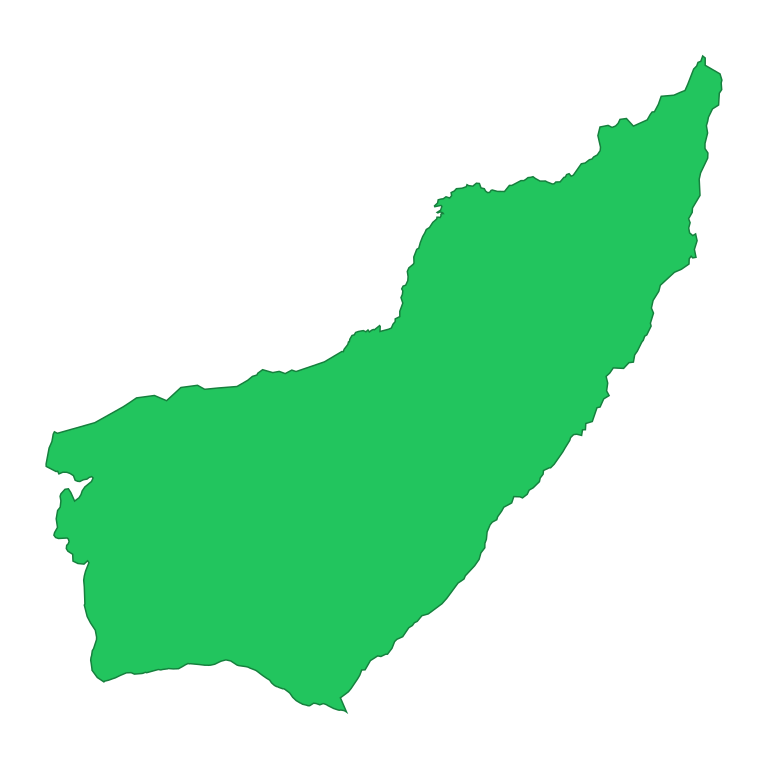 the district of San Juan Atepec, Oaxaca, Mexico
{"feature_id": "50627088B87401824717268", "entity_name": "San Juan Atepec", "entity_type": "district", "adm_level": 2, "iso_a3": "MEX", "parent_name": "Mexico", "parent_adm1": "Oaxaca", "projection": "equal_earth", "projection_center": [-96.489, 17.474], "detail": "fine", "context": "isolated", "style": "filled", "palette": "green", "viewbox_px": 768, "rotation_deg": 0, "n_neighbors": 0, "source": "geoboundaries", "source_scale": "gbopen_adm2", "svg_char_len": 5688}
<svg xmlns="http://www.w3.org/2000/svg" viewBox="0 0 768 768"><path d="M92.0,669.2L92.0,670.2L97.3,677.5L103.9,681.9L104.8,681.1L108.6,680.2L112.7,678.7L115.4,677.8L120.3,675.4L126.5,672.8L130.6,672.7L131.0,672.6L134.4,674.1L140.6,673.6L141.8,673.5L142.9,673.3L145.4,672.3L146.7,672.7L158.3,669.5L160.8,669.9L162.9,669.4L167.7,668.8L168.2,668.5L173.2,668.9L178.5,668.7L182.2,666.7L185.7,664.6L186.9,664.1L187.9,663.5L189.3,663.8L190.5,663.7L199.1,664.5L204.9,665.2L207.7,665.2L208.3,665.3L210.8,665.1L214.8,664.2L219.5,661.9L221.3,661.1L225.9,659.9L228.3,660.4L230.7,660.9L237.1,665.1L238.8,665.6L245.8,666.6L247.7,667.0L248.9,667.5L250.0,668.1L253.4,669.4L254.5,669.8L256.2,670.6L258.1,672.0L260.8,674.1L262.8,675.6L266.7,678.3L269.7,680.1L271.5,682.8L272.8,684.0L274.4,685.4L276.4,686.5L278.0,686.9L278.6,687.3L282.8,688.8L283.9,688.8L285.0,689.4L285.9,690.1L288.6,692.1L289.9,693.2L292.7,697.3L296.2,700.6L300.2,703.0L300.7,703.1L302.5,704.2L306.3,705.1L308.0,705.7L309.7,705.7L313.6,703.2L316.1,703.5L319.8,704.8L322.8,703.7L324.1,703.7L325.3,704.3L326.2,704.5L327.9,705.6L328.5,705.9L332.7,708.0L333.4,708.4L337.6,709.8L339.2,710.2L340.9,710.0L344.1,710.6L345.5,711.3L345.8,711.5L346.5,712.0L340.8,698.7L340.3,697.9L348.4,691.8L351.1,688.5L357.5,679.0L358.6,677.2L359.8,675.1L361.7,670.0L365.1,669.8L370.4,660.6L377.7,655.9L380.9,656.5L385.7,654.2L387.5,654.2L392.0,648.3L394.6,641.6L396.9,639.3L402.7,636.7L408.8,627.7L412.4,625.5L414.4,622.7L417.2,621.4L421.9,615.7L428.3,613.9L442.0,603.7L446.8,598.3L458.0,583.1L464.0,579.0L465.3,575.8L474.7,565.7L479.1,559.4L480.9,552.9L484.8,547.8L484.9,543.3L486.4,539.3L487.1,531.9L490.1,524.8L492.3,522.1L496.8,519.7L497.6,516.8L501.6,511.2L503.8,507.2L511.7,502.9L513.8,496.6L520.0,496.8L522.5,497.9L527.2,494.3L529.2,490.1L533.2,487.8L539.4,481.7L540.2,478.0L543.1,474.2L543.5,470.5L549.2,467.8L550.6,467.8L554.2,464.2L562.8,451.9L565.1,447.9L569.7,440.5L570.6,437.6L573.6,434.6L576.7,434.2L581.6,435.4L582.5,429.8L585.4,429.7L585.8,423.5L592.3,421.5L597.0,407.7L600.1,407.0L603.7,398.9L609.1,395.6L606.6,390.9L607.7,383.1L606.1,376.4L609.8,373.0L613.3,367.9L623.6,368.4L628.9,362.7L633.4,362.1L634.7,354.9L637.3,351.2L641.7,342.3L643.3,340.2L644.7,336.2L646.8,334.9L651.1,326.1L650.4,323.2L653.5,313.1L651.4,308.1L653.1,300.4L658.8,291.3L660.3,285.3L674.4,272.3L681.5,269.2L689.0,264.0L689.2,258.8L691.1,256.2L692.7,257.9L696.0,257.3L694.4,249.4L697.1,240.7L695.6,233.9L692.8,235.6L689.6,232.9L688.7,228.0L690.1,222.7L688.6,218.7L692.2,212.4L692.5,208.0L700.0,195.4L699.2,179.2L700.6,172.9L707.7,158.1L707.9,153.0L705.0,148.6L705.0,143.5L707.6,133.0L706.4,125.7L707.7,121.2L708.4,117.3L712.5,108.9L718.6,105.0L719.3,93.2L721.7,89.6L721.2,83.0L721.9,80.1L720.0,73.9L705.2,65.3L705.2,58.0L702.7,56.0L700.8,61.3L698.0,62.4L696.7,66.0L693.7,69.0L687.8,84.2L685.0,90.5L680.2,92.4L673.9,95.2L661.2,96.3L658.4,104.3L654.4,111.8L652.1,112.0L650.3,114.4L647.2,119.9L633.4,126.1L626.4,118.5L620.0,119.4L618.1,123.4L615.6,126.0L612.0,127.4L608.1,125.4L600.0,127.0L597.9,135.6L600.5,147.1L600.2,150.6L597.3,154.9L593.6,157.0L591.9,159.1L589.4,159.7L585.2,163.0L581.3,163.8L573.3,175.2L571.2,176.2L569.1,173.7L566.6,174.6L565.4,177.0L563.9,177.4L560.1,181.9L555.8,182.0L554.1,183.8L552.4,184.0L547.2,182.0L545.4,181.0L543.3,181.1L540.1,181.1L535.4,178.5L533.0,176.7L530.8,177.3L528.0,177.6L525.9,179.3L523.9,180.6L521.0,180.6L511.9,185.4L509.4,185.4L504.5,191.5L497.4,191.4L492.3,190.0L491.1,190.4L489.6,192.4L487.6,192.6L485.6,191.1L484.3,188.7L481.0,187.9L479.4,183.5L476.4,183.2L474.2,185.0L472.8,186.2L468.6,185.6L467.0,184.7L466.3,186.7L462.1,188.2L456.4,188.7L454.3,191.0L451.1,192.6L451.6,195.7L449.7,198.0L446.0,196.8L443.2,198.8L441.2,199.0L438.2,199.8L437.6,203.0L434.5,205.9L434.8,206.7L441.0,205.4L441.9,206.3L440.6,210.2L437.1,212.4L437.9,212.9L440.0,211.9L442.6,212.7L443.3,213.6L441.3,213.8L440.8,214.9L441.1,215.7L440.2,217.5L438.6,217.2L437.0,217.2L436.8,218.9L432.8,222.4L429.5,227.5L426.3,229.5L424.7,233.1L422.7,236.5L420.3,242.6L418.8,248.1L416.7,249.4L413.8,257.0L414.0,262.8L413.3,264.2L408.9,267.8L407.3,271.4L408.1,276.6L407.8,280.6L405.7,285.2L403.1,286.1L401.7,288.9L402.8,290.9L402.4,294.4L401.0,297.6L402.8,303.1L399.8,311.3L399.8,316.6L395.2,318.9L395.2,321.6L393.0,324.2L391.4,328.0L388.7,329.2L380.0,331.5L380.2,326.5L379.6,325.6L374.4,329.8L373.5,329.5L372.0,330.0L369.3,331.9L368.0,330.0L365.9,331.8L363.3,330.6L358.3,331.5L355.6,332.5L354.3,334.8L352.0,335.5L349.9,339.1L349.3,341.8L348.5,341.9L347.8,344.5L346.2,346.6L344.1,349.3L343.4,351.6L341.9,351.5L324.3,361.9L296.5,371.4L295.6,371.4L291.8,370.1L285.2,373.6L279.2,371.4L272.8,372.6L262.6,369.7L257.8,373.2L256.9,375.0L252.4,376.4L247.7,380.3L237.0,386.5L218.1,388.0L204.7,389.3L197.5,385.3L180.9,387.5L166.6,400.7L154.4,395.5L136.5,397.9L129.8,402.5L123.2,406.8L94.8,422.7L57.4,433.3L54.4,431.8L53.2,434.2L52.7,437.2L51.9,441.6L49.1,448.0L46.1,464.0L46.2,466.4L56.0,471.5L57.7,471.3L58.9,473.9L62.9,472.2L66.9,472.3L70.1,473.5L73.4,475.6L75.2,480.3L77.7,481.3L79.9,481.5L81.8,480.5L83.6,479.7L87.0,479.1L89.2,477.4L91.7,476.6L93.1,478.0L91.5,481.5L84.9,486.9L82.2,490.9L81.0,494.6L79.0,497.8L74.6,501.1L70.8,492.5L68.4,488.8L65.0,489.3L60.9,493.8L60.1,496.3L60.9,500.9L60.2,507.2L57.6,510.5L56.2,518.8L57.5,527.4L54.6,532.5L53.9,535.2L55.6,537.5L58.5,538.5L67.1,538.0L68.3,539.0L69.1,541.6L68.0,544.1L66.7,545.3L66.3,548.6L67.9,551.2L72.7,554.3L73.0,561.1L77.9,563.5L84.0,564.1L87.6,560.8L88.9,562.7L85.6,571.0L84.3,576.0L83.7,580.2L84.3,587.0L84.9,603.9L84.3,605.1L87.2,616.6L90.5,622.9L95.3,630.2L96.6,637.1L96.5,639.7L93.6,648.6L92.3,650.7L91.6,655.6L91.0,657.6L90.7,660.2L91.2,663.3L92.0,669.2Z" fill="#22c55e" stroke="#15803d" stroke-width="1.5"/></svg>